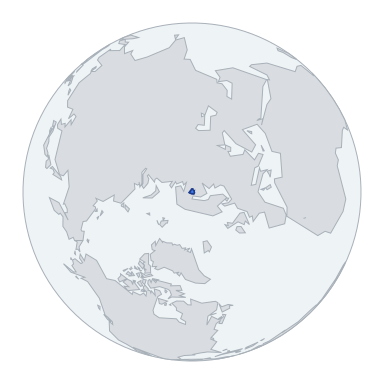 Kainuu highlighted on a globe, orthographic projection, rotated 232°
{"feature_id": "FIN-3179", "entity_name": "Kainuu", "entity_type": "Province", "adm_level": 1, "iso_a3": "FIN", "parent_name": "Finland", "parent_adm1": "", "projection": "orthographic", "projection_center": [28.501, 64.601], "detail": "fine", "context": "on_globe", "style": "filled", "palette": "blue", "viewbox_px": 384, "rotation_deg": 232, "n_neighbors": 0, "source": "natural_earth", "source_scale": "10m", "svg_char_len": 11827}
<svg xmlns="http://www.w3.org/2000/svg" viewBox="0 0 384 384"><g transform="rotate(232 192 192)"><circle cx="192" cy="192" r="169" fill="#eef3f6" stroke="#a8b0b8"/><path d="M41.7,114.8L44.2,110.2L72.8,72.3L77.7,67.6L80.9,65.3L106.1,49.8L87.9,59.3L94.8,54.4L103.2,49.6L102.0,50.8L112.4,46.7L120.6,43.0L133.3,41.5L141.2,47.2L136.4,48.0L138.8,49.4L145.0,48.6L148.5,47.8L165.3,53.6L185.7,54.6L192.3,51.5L190.8,55.1L203.4,47.2L214.6,46.6L201.8,49.5L200.4,51.5L208.0,52.1L208.2,54.3L211.9,56.0L211.5,58.7L204.0,60.4L203.6,62.3L209.0,62.6L211.9,65.7L204.1,64.9L208.4,70.3L196.8,74.7L176.3,71.3L169.6,76.9L148.0,81.9L149.8,84.1L142.7,87.7L142.2,91.6L138.3,91.7L141.2,94.8L144.9,94.1L147.3,95.3L147.3,97.6L142.4,97.9L141.7,96.8L140.3,98.2L137.8,97.4L139.0,99.1L133.1,99.4L138.9,102.6L134.1,105.8L130.2,105.0L130.7,100.6L122.9,88.5L119.1,86.8L113.1,88.7L101.7,101.6L97.4,101.8L91.6,105.3L93.8,107.2L99.2,105.1L102.0,109.7L108.3,106.9L110.4,108.4L116.8,107.6L115.6,112.7L111.1,118.2L105.7,119.2L103.5,121.8L108.5,125.0L98.4,131.2L91.5,143.1L88.9,144.3L84.0,138.8L84.3,128.0L78.0,121.7L81.9,130.9L75.3,134.2L74.1,137.0L74.4,139.9L76.8,140.8L74.5,143.1L69.8,134.6L71.8,132.4L73.3,135.0L73.4,130.1L70.2,124.8L67.1,127.1L65.5,117.4L63.3,118.9L61.7,117.9L65.3,115.9L58.8,119.3L56.4,110.0L47.4,116.4L56.4,105.8L59.8,99.9L63.1,93.4L61.6,94.3L68.0,85.1L70.4,79.3L66.3,80.7L60.1,87.0L53.4,96.5L53.7,97.4L50.2,104.2L47.8,104.5L40.8,118.0L38.6,121.2L36.9,125.0L41.7,114.8ZM35.2,129.1L33.6,133.2L30.9,141.2L30.7,143.3L29.6,149.9L27.8,153.9L28.6,154.8L27.0,161.2L26.0,177.5L25.6,177.1L24.4,196.0L26.1,213.6L26.5,220.3L26.0,220.3L27.3,226.3L27.4,227.7L35.0,251.6L41.2,266.1L42.5,270.3L41.2,268.1L36.1,257.2L31.9,245.9L28.4,234.4L25.8,222.6L24.1,210.7L23.2,198.6L23.1,186.6L23.9,174.6L25.6,162.6L28.1,150.8L31.5,139.2L31.9,138.2L33.3,134.0L33.4,133.7L35.2,129.1ZM45.2,117.6L37.4,135.5L39.4,127.2L39.5,128.3L41.9,123.3L45.7,115.2L48.2,108.6L45.2,117.6ZM47.0,121.2L48.1,118.4L47.3,120.9L47.0,121.2ZM150.0,47.1L145.1,48.4L139.5,48.4L143.5,47.0L150.0,47.1ZM160.8,48.0L158.5,49.1L156.0,47.0L158.1,47.0L160.8,48.0ZM197.0,48.9L193.0,49.0L196.8,48.2L197.0,48.9ZM212.5,55.7L213.6,55.0L215.1,56.2L212.5,55.7ZM117.0,104.8L116.9,106.2L115.7,105.6L117.0,104.8ZM119.9,103.3L118.6,101.7L119.8,100.7L120.5,101.7L119.9,103.3ZM215.8,61.5L217.8,63.7L214.4,61.7L215.8,61.5ZM121.1,105.5L122.1,99.2L124.2,97.6L128.8,100.0L121.1,105.5ZM218.2,65.2L223.3,70.8L226.1,69.6L220.9,76.2L218.3,69.2L213.7,66.8L217.2,66.9L218.2,65.2ZM146.0,92.8L142.1,93.7L145.3,90.9L146.0,92.8ZM147.4,90.7L153.8,80.7L159.5,80.6L156.2,83.9L163.6,82.4L163.3,87.3L159.1,89.3L155.5,88.3L158.2,90.9L147.4,90.7ZM217.3,79.1L217.4,80.8L215.9,79.3L217.3,79.1ZM148.6,95.5L149.3,93.4L154.3,93.2L153.7,97.4L152.3,96.1L148.6,95.5ZM165.7,79.6L169.3,80.3L170.0,84.4L171.5,85.3L163.8,87.4L165.7,79.6ZM151.2,97.3L153.3,99.6L150.9,101.8L148.2,97.6L151.2,97.3ZM155.9,91.4L158.3,91.6L156.7,92.8L155.9,91.4ZM143.8,111.3L144.6,108.6L147.2,108.3L143.8,111.3ZM154.2,100.3L155.0,99.5L156.2,99.1L157.0,101.0L154.2,100.3ZM164.8,90.2L164.4,91.9L168.0,89.6L168.7,92.7L163.4,93.6L166.0,94.5L166.2,95.5L161.6,95.2L164.8,90.2ZM161.3,101.8L154.8,104.2L152.7,109.1L150.3,109.5L154.1,101.5L161.3,101.8ZM161.9,97.9L161.0,100.4L158.4,99.6L157.5,97.4L161.9,97.9ZM171.1,94.6L171.4,89.5L172.6,89.5L171.1,94.6ZM161.2,103.3L162.8,102.7L161.4,103.8L161.2,103.3ZM168.6,97.4L168.6,95.6L169.9,95.6L168.6,97.4ZM166.0,103.1L163.9,103.8L163.2,102.4L166.0,103.1ZM167.6,100.6L169.4,101.1L164.2,101.4L167.4,99.8L167.6,100.6ZM169.9,97.7L170.7,97.2L169.7,98.5L169.9,97.7ZM170.0,108.5L163.5,109.2L161.9,105.8L168.4,105.6L170.0,108.5ZM154.5,356.7L145.1,352.7L149.6,351.4L148.0,348.4L135.0,337.1L137.9,332.5L134.4,328.9L127.2,327.1L123.2,322.5L118.9,320.7L91.8,308.9L83.7,299.1L74.2,275.9L79.1,272.7L80.2,264.3L114.5,251.8L121.5,257.6L148.3,262.8L151.6,265.0L148.2,272.2L168.1,285.5L174.8,280.0L193.0,285.8L205.3,285.0L210.1,270.1L190.0,271.2L186.7,263.7L203.0,256.4L220.6,255.2L219.9,252.3L208.9,246.9L213.1,240.6L205.1,244.5L208.3,247.4L203.3,250.0L200.2,247.5L201.8,245.3L196.6,244.2L190.2,255.3L192.7,259.5L178.8,261.0L181.6,268.2L177.8,271.1L171.6,260.2L172.4,256.3L160.8,242.8L158.7,247.0L169.5,260.1L166.1,258.8L163.4,264.9L162.7,259.2L151.5,244.1L139.1,243.2L122.9,254.0L115.8,252.0L109.9,245.5L116.1,230.6L131.5,236.8L133.9,231.9L131.1,222.0L136.0,224.8L136.7,221.7L142.6,223.4L151.1,217.9L157.0,218.8L160.7,209.1L164.2,208.3L161.1,214.2L162.0,218.9L176.9,220.8L179.9,218.9L181.0,212.5L185.0,214.0L184.2,207.6L192.9,205.5L181.7,202.9L182.8,195.7L188.2,190.4L186.5,187.7L177.7,196.3L176.0,200.2L177.8,204.2L171.4,214.9L166.2,216.0L165.3,203.3L157.8,203.5L160.3,193.8L182.6,175.9L191.7,172.6L206.1,182.2L203.8,187.0L197.5,185.8L203.0,193.5L202.7,189.7L206.0,191.0L207.8,184.8L210.3,185.4L207.9,178.4L211.1,178.6L212.5,183.0L218.0,174.2L224.6,172.9L224.7,170.6L222.9,168.5L232.5,168.4L232.2,166.7L228.9,166.1L226.0,162.5L224.6,156.1L228.0,156.4L229.0,158.7L236.1,164.2L238.1,170.6L239.3,170.1L238.4,164.6L229.7,157.9L228.0,154.0L232.5,156.5L230.7,155.3L230.9,153.4L234.3,151.9L229.5,148.9L226.9,129.1L233.2,124.6L237.5,128.9L239.3,116.1L246.2,112.4L243.2,111.8L242.0,105.6L239.8,106.7L238.2,105.9L234.1,91.0L235.8,88.0L230.6,81.3L229.0,81.1L227.4,82.9L220.9,76.2L226.1,69.6L229.4,70.5L230.4,66.0L237.8,68.7L244.4,69.1L251.9,75.1L256.5,75.1L256.3,73.3L262.4,72.1L275.4,76.2L265.5,80.6L246.1,77.1L254.1,79.0L252.5,81.0L255.5,83.2L261.1,84.5L261.6,83.2L271.6,98.3L285.5,107.6L284.0,100.6L287.3,98.4L301.9,104.0L320.3,127.2L324.9,125.4L327.9,127.4L330.1,133.6L325.7,130.7L324.2,134.3L321.4,131.9L323.4,141.2L319.4,138.2L322.9,147.1L326.1,147.1L325.8,139.8L330.5,149.1L335.5,146.2L340.6,150.3L347.6,170.3L347.9,184.6L348.9,186.9L346.6,189.8L347.2,198.9L354.2,198.8L355.3,201.5L354.6,216.0L353.9,214.4L348.0,222.1L349.4,230.1L354.0,225.7L355.7,228.0L353.3,233.4L351.3,231.7L349.1,234.3L347.9,228.1L342.6,224.0L340.0,232.4L338.4,228.7L330.7,228.0L326.0,239.7L319.7,262.9L321.8,272.7L318.4,281.0L306.9,275.7L301.6,267.6L297.6,272.2L285.7,269.7L265.5,280.9L262.6,278.9L258.8,282.3L250.4,282.3L245.8,278.3L240.8,280.4L253.0,290.6L258.4,288.1L262.7,280.7L265.1,284.7L273.2,285.1L264.7,300.7L234.6,320.0L231.5,312.8L207.9,291.8L208.6,288.7L208.4,288.3L208.2,287.7L206.1,293.0L202.0,288.0L214.8,304.9L217.0,311.7L234.2,320.6L232.6,322.1L238.1,323.1L255.5,314.7L255.7,317.2L247.5,330.4L223.3,347.4L226.4,352.2L224.6,355.8L209.4,359.3L210.7,359.9L204.8,360.5L192.2,361.0L179.5,360.5L166.9,359.1L154.5,356.7ZM102.6,263.6L101.6,266.1L102.6,263.6ZM239.3,260.9L249.8,258.0L244.8,249.7L248.4,247.9L245.4,245.8L244.4,249.1L237.0,242.8L241.4,238.3L240.0,234.1L236.4,234.9L229.5,244.3L240.1,253.3L237.8,258.1L239.3,260.9ZM26.0,178.0L25.7,180.8L25.7,178.1L26.0,178.0ZM38.5,127.4L37.4,130.7L36.5,132.9L37.1,130.6L38.5,127.4ZM32.6,154.9L31.9,159.0L32.1,155.3L32.6,154.9ZM36.4,138.2L33.0,151.7L33.3,145.1L35.7,136.7L34.8,141.6L36.4,138.2ZM45.0,121.5L44.1,123.7L43.5,123.7L45.0,121.5ZM46.4,123.1L46.6,122.4L47.6,120.9L46.4,123.1ZM75.6,134.7L75.9,135.4L75.6,138.5L74.6,137.4L75.6,134.7ZM81.1,151.3L77.3,154.7L79.3,151.3L77.2,150.2L78.8,141.9L87.6,144.5L83.3,144.7L81.1,151.3ZM83.4,131.9L81.4,136.7L83.3,131.4L83.4,131.9ZM135.1,203.1L137.0,206.2L134.6,209.4L127.0,208.9L130.4,204.2L135.1,203.1ZM140.2,209.9L141.3,197.8L146.0,197.9L143.2,199.9L146.2,201.1L142.4,204.7L145.8,216.8L143.9,220.5L131.0,217.2L136.3,216.1L134.2,213.0L140.2,209.9ZM135.9,168.8L136.4,164.1L146.0,170.1L144.3,173.9L136.7,173.5L134.1,168.8L135.9,168.8ZM129.0,111.2L128.6,109.4L130.0,109.2L131.5,110.6L129.0,111.2ZM143.9,110.1L132.2,119.1L131.2,117.4L125.6,125.0L120.7,123.6L124.4,118.7L116.4,123.4L117.9,118.4L112.8,122.2L121.7,111.4L122.6,107.3L123.5,112.4L128.0,113.8L130.2,113.1L137.3,108.3L141.6,100.3L146.8,100.6L149.3,102.9L149.1,104.9L145.8,104.0L147.8,107.2L142.9,107.6L143.9,110.1ZM175.8,132.7L172.1,130.4L175.3,137.9L170.4,137.8L171.1,138.7L167.4,140.8L164.2,144.8L162.0,144.1L161.7,146.0L159.2,147.5L158.1,149.9L153.7,149.5L151.9,152.5L150.9,150.6L149.0,155.9L148.4,151.8L145.3,153.5L147.5,156.6L126.8,149.5L118.5,150.0L111.9,152.8L111.9,145.7L118.1,138.7L127.1,133.0L135.0,133.6L133.5,130.4L136.9,129.8L136.7,132.6L139.1,128.0L141.8,128.2L149.8,123.8L151.6,117.2L154.6,115.5L155.2,118.2L157.7,114.6L161.0,118.7L163.2,117.6L168.6,120.7L168.6,126.8L171.0,125.1L175.3,127.5L175.8,132.7ZM171.4,109.5L172.5,116.5L170.3,120.0L161.8,113.3L159.4,113.7L153.8,109.7L157.1,104.8L158.4,106.3L160.4,106.7L158.6,108.1L161.5,107.3L163.4,109.5L166.2,109.5L165.8,111.7L171.4,109.5ZM155.5,262.7L158.1,263.6L162.2,264.0L160.6,267.9L155.5,262.7ZM147.6,252.6L150.0,252.6L149.7,258.2L147.0,257.4L147.6,252.6ZM151.6,248.0L150.2,252.2L149.3,249.5L151.6,248.0ZM163.3,213.9L165.8,213.6L166.0,215.1L164.5,217.2L163.3,213.9ZM184.4,155.6L182.6,153.5L183.4,152.7L182.6,146.8L186.2,146.5L188.1,149.9L184.4,155.6ZM206.5,273.0L202.9,276.2L201.1,274.9L202.7,274.1L206.5,273.0ZM180.5,273.2L186.4,275.3L180.0,274.3L180.5,273.2ZM188.2,154.3L187.4,151.8L189.7,153.2L188.2,154.3ZM188.8,146.0L191.4,147.0L186.5,145.7L188.8,146.0ZM232.9,355.9L231.9,356.0L236.6,353.2L245.8,349.7L250.4,346.8L253.0,347.6L241.9,353.4L232.9,355.9ZM356.0,232.7L353.3,240.4L346.6,245.0L349.1,239.9L355.5,230.5L355.1,232.6L356.8,228.6L356.0,232.7ZM359.4,214.8L359.0,217.7L358.6,216.8L358.9,212.9L359.5,209.1L359.7,186.9L360.2,183.4L360.7,191.1L360.9,189.5L360.9,194.7L359.4,214.8ZM322.6,273.0L326.3,274.8L324.1,278.2L322.6,273.0ZM358.1,175.6L359.1,185.0L357.6,175.1L358.1,175.6ZM356.2,168.2L356.9,169.5L356.2,170.4L356.2,168.2ZM350.4,189.3L349.9,193.7L349.0,192.7L349.3,186.4L350.4,189.3ZM344.6,153.8L347.6,157.4L348.6,159.3L346.8,159.1L344.6,153.8ZM217.7,149.6L214.8,158.0L215.2,164.1L219.1,167.7L212.3,166.5L211.8,156.9L217.7,149.6ZM225.4,131.6L222.0,128.8L224.2,127.7L225.3,128.2L225.4,131.6ZM222.8,131.5L217.2,132.3L215.7,129.3L220.5,129.2L222.8,131.5ZM202.7,143.2L201.6,145.7L199.8,144.5L202.7,143.2ZM360.8,185.2L360.8,184.0L360.7,182.9L360.8,185.2ZM358.9,166.7L358.7,168.7L359.3,173.9L357.3,161.6L358.0,161.8L358.9,166.7ZM357.5,164.7L358.2,169.6L356.9,163.3L357.5,164.7ZM357.9,169.7L357.0,168.3L357.0,165.4L357.9,169.7ZM357.3,162.8L355.8,158.8L356.5,159.1L357.3,162.8ZM354.9,165.4L356.2,161.8L355.9,169.1L352.1,163.4L351.9,159.6L354.9,165.4ZM329.6,120.7L327.6,119.9L326.3,116.2L328.1,117.8L329.6,120.7ZM320.3,104.0L325.3,115.0L328.9,124.2L329.6,122.5L333.5,127.0L330.7,128.1L325.5,119.7L323.4,113.2L319.7,110.1L316.0,104.3L311.5,102.6L308.8,99.6L312.2,99.3L320.3,104.0ZM309.6,102.1L300.5,97.7L299.8,92.1L301.6,91.8L306.1,96.1L306.2,98.8L309.6,102.1ZM298.1,95.0L298.1,97.7L284.8,98.0L281.8,96.7L291.5,93.2L292.1,95.5L295.5,96.5L298.1,95.0ZM219.2,80.5L217.6,80.7L218.5,79.5L219.2,80.5ZM237.0,106.7L235.1,105.4L236.2,103.9L237.0,106.7ZM230.2,101.3L230.3,103.8L228.8,101.0L230.2,101.3ZM230.8,109.6L229.7,104.8L232.8,109.6L230.8,109.6Z" fill="#d9dde1" stroke="#a8b0b8" stroke-width="1"/><path d="M193.5,189.3L193.5,189.5L193.5,189.8L193.4,190.0L193.6,190.2L193.7,190.3L193.7,190.5L193.4,190.6L193.4,190.8L193.4,191.1L193.5,191.3L194.0,191.4L194.0,191.5L194.1,191.8L193.9,192.0L193.9,192.3L194.0,192.4L194.0,192.5L194.3,192.8L194.5,193.0L194.6,193.3L194.7,193.5L194.6,193.8L194.4,194.0L194.2,194.4L194.0,194.5L193.9,194.5L193.7,194.6L193.5,194.2L192.6,194.2L192.1,194.1L191.9,194.2L191.9,194.3L191.8,194.5L191.7,194.7L191.5,194.4L191.4,194.4L191.0,194.0L190.9,194.0L190.8,193.9L190.7,193.9L189.9,193.6L189.8,193.4L189.8,193.0L189.7,193.0L189.7,192.9L189.4,192.7L189.2,192.3L189.2,192.2L189.3,192.2L189.5,192.1L189.6,191.9L189.8,191.8L189.9,191.7L190.0,191.7L190.1,191.4L190.3,191.3L190.5,191.4L190.6,191.2L190.6,190.9L190.5,190.7L191.1,190.5L191.3,190.5L191.3,190.4L191.4,190.2L191.5,190.1L192.1,190.0L192.1,189.9L192.2,189.7L192.5,189.5L192.8,189.5L192.9,189.4L193.0,189.3L193.5,189.3L193.5,189.3Z" fill="#3b82f6" stroke="#1e3a8a" stroke-width="1.5"/></g></svg>